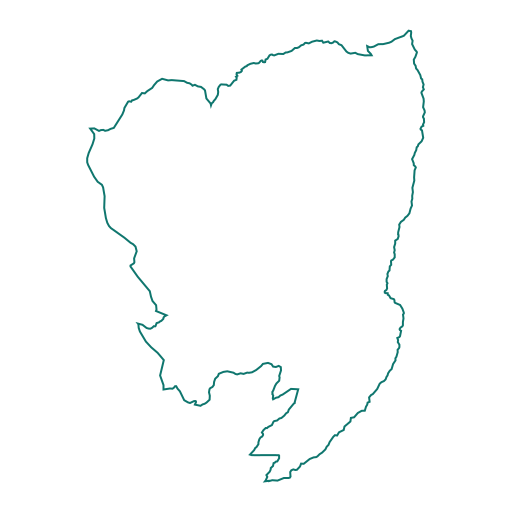 the district of Chillanes, Bolivar, Ecuador
{"feature_id": "8360857B60313806039355", "entity_name": "Chillanes", "entity_type": "district", "adm_level": 2, "iso_a3": "ECU", "parent_name": "Ecuador", "parent_adm1": "Bolivar", "projection": "orthographic", "projection_center": [-79.115, -2.033], "detail": "fine", "context": "isolated", "style": "outline", "palette": "teal", "viewbox_px": 512, "rotation_deg": 0, "n_neighbors": 0, "source": "geoboundaries", "source_scale": "gbopen_adm2", "svg_char_len": 5979}
<svg xmlns="http://www.w3.org/2000/svg" viewBox="0 0 512 512"><path d="M402.3,326.4L402.9,325.3L402.9,322.0L403.5,318.4L403.0,314.6L403.8,313.5L403.8,312.6L402.4,308.7L400.1,305.0L395.0,302.8L394.6,302.2L394.4,300.1L393.8,299.1L390.6,298.2L389.0,295.4L387.8,294.8L387.7,293.2L385.4,293.1L384.8,292.7L384.7,291.6L385.0,290.9L386.3,290.1L387.1,288.5L386.8,284.6L387.5,283.2L386.6,281.8L386.6,279.1L387.8,276.1L387.4,274.0L388.4,271.5L389.5,270.5L389.8,266.4L391.2,264.8L391.0,261.1L391.4,260.4L392.9,259.7L394.7,257.4L394.7,254.2L394.1,252.5L394.7,250.2L394.1,247.1L395.2,243.6L395.2,240.6L397.7,239.0L398.6,236.2L398.4,234.5L398.1,234.4L398.2,232.2L399.5,227.0L399.2,224.6L400.9,221.9L403.8,219.8L405.2,217.6L407.4,215.9L409.4,213.3L410.6,208.6L412.0,205.5L411.5,201.5L412.3,198.8L412.2,195.8L412.9,192.2L412.4,187.8L414.3,180.6L414.1,177.4L414.6,170.3L415.8,167.5L415.3,166.5L413.8,165.2L413.7,163.2L412.1,159.1L414.3,155.0L414.8,152.9L416.2,150.2L416.7,147.3L417.8,146.3L418.4,144.4L421.6,141.3L423.2,137.8L422.0,130.4L420.7,129.5L420.5,128.8L421.6,126.6L423.3,125.8L423.0,124.5L424.1,122.2L423.9,118.6L423.1,117.4L423.0,116.4L424.8,112.4L424.6,110.6L423.1,107.2L423.8,101.4L423.6,98.7L421.4,92.8L421.8,91.6L423.8,89.4L422.9,87.2L423.6,84.5L422.5,81.7L422.2,79.3L421.1,78.5L420.3,75.1L417.5,70.0L416.1,68.5L415.6,65.8L414.1,63.6L413.8,59.6L415.4,56.8L416.9,52.5L416.7,51.7L414.8,49.6L412.1,44.1L412.6,40.7L411.5,38.5L410.8,36.0L411.2,32.6L411.0,31.2L408.6,30.7L403.8,35.8L394.9,39.1L391.5,41.7L389.2,42.7L383.2,44.1L378.3,44.2L373.8,46.6L371.7,47.1L369.7,47.3L367.2,46.1L367.9,50.9L370.8,53.9L371.6,55.3L364.7,55.4L357.7,54.1L355.3,52.8L350.6,53.6L348.2,52.8L346.4,51.5L341.5,45.2L338.9,44.2L337.4,42.4L335.5,41.5L334.4,41.3L333.0,42.6L331.5,43.2L329.8,43.0L328.2,41.5L323.3,42.7L322.0,40.7L319.5,41.0L316.8,40.5L312.1,41.7L308.8,43.4L305.9,42.8L305.0,43.0L303.5,44.6L301.2,45.3L298.8,47.3L297.0,48.0L294.9,48.0L291.6,50.9L287.4,52.4L285.6,52.5L283.3,54.0L278.4,53.8L274.2,55.4L272.9,55.1L272.0,54.5L270.7,54.7L269.5,55.4L267.4,58.8L265.6,59.5L265.1,62.1L264.1,62.3L262.9,62.0L262.4,60.6L261.9,60.4L260.7,60.9L259.1,62.8L258.2,63.3L255.7,63.5L253.8,63.0L250.4,63.8L247.3,65.3L246.7,66.2L245.4,66.5L241.4,69.6L241.9,70.8L240.9,72.0L239.5,72.6L236.8,72.9L236.5,74.2L237.4,75.8L236.0,76.7L236.7,77.6L236.4,79.8L234.1,80.7L230.2,85.6L228.2,85.9L226.6,84.7L221.2,84.4L220.5,84.7L218.8,86.8L217.8,89.1L218.2,92.0L217.8,94.9L215.4,99.1L213.7,101.0L213.1,102.2L211.7,103.3L211.0,105.3L210.6,103.5L206.4,98.5L205.0,90.4L204.0,89.2L201.0,86.9L197.9,86.4L194.9,84.8L192.5,85.7L191.7,84.7L189.6,83.3L187.1,82.8L184.1,81.1L171.7,80.1L168.1,80.4L162.1,78.8L157.2,81.5L154.0,85.2L152.2,87.9L147.3,91.1L144.8,93.4L142.0,93.0L138.5,97.4L137.1,98.5L133.4,100.1L132.1,100.3L131.2,101.7L129.1,101.3L128.1,101.7L124.4,108.0L124.0,110.4L122.3,114.5L113.8,127.9L110.5,128.9L108.1,130.2L105.1,130.8L103.3,129.9L100.9,130.1L99.0,130.9L94.3,128.4L90.2,128.6L94.2,134.1L94.3,138.5L92.5,144.3L88.7,153.0L87.2,158.2L87.2,162.3L88.1,164.9L94.1,176.7L97.7,181.8L101.9,184.8L103.1,187.4L104.6,196.2L104.2,207.9L105.9,218.1L107.3,222.8L109.0,226.0L110.9,228.1L124.4,237.7L130.6,242.8L133.1,244.2L135.5,246.6L136.7,251.3L134.1,258.4L134.4,262.2L133.9,263.3L130.5,265.5L130.5,266.5L137.7,276.7L149.8,291.2L151.0,296.7L152.5,301.0L156.1,305.2L156.5,309.5L156.0,311.0L166.5,315.3L164.5,316.4L163.6,317.4L163.3,318.9L161.3,320.9L160.2,321.3L158.9,322.4L156.6,323.1L155.5,326.1L155.1,326.4L153.8,326.2L152.1,327.8L150.4,328.7L148.7,328.6L146.6,328.0L142.5,324.8L137.9,323.6L138.4,324.3L138.7,327.9L139.9,331.5L145.9,341.6L151.2,347.3L157.6,352.8L163.8,360.1L160.1,375.5L163.5,385.1L163.5,389.5L169.9,388.5L172.5,388.7L173.9,387.7L175.1,386.2L176.2,386.2L177.5,388.6L179.9,391.3L184.2,400.2L188.0,402.4L190.0,403.0L194.0,401.1L195.3,401.0L195.9,401.3L196.0,402.1L194.9,404.6L200.5,405.8L202.6,404.4L204.6,403.8L206.5,402.6L209.6,399.7L209.8,395.7L209.0,392.3L209.5,389.2L210.3,388.1L212.4,387.0L213.8,385.1L214.1,381.9L215.2,378.7L217.9,376.2L218.8,373.8L223.4,371.9L227.3,371.3L233.5,372.7L235.5,374.0L237.2,374.4L240.6,373.3L243.6,373.9L247.2,372.6L248.9,372.8L252.0,372.3L256.2,370.0L261.1,366.1L262.9,363.9L268.0,362.9L271.5,364.2L273.1,366.6L275.9,367.0L278.7,365.9L280.8,367.1L281.0,370.4L279.2,376.0L279.6,377.4L279.2,380.7L276.4,383.5L275.0,385.9L273.2,390.6L272.3,392.1L272.6,393.2L272.3,394.0L273.2,395.5L272.8,398.4L273.1,399.3L276.1,397.7L278.5,397.2L280.4,395.5L282.6,394.6L291.0,388.9L298.2,389.3L294.7,402.3L294.8,402.9L293.7,403.7L288.8,409.6L287.9,412.2L286.1,413.3L284.3,415.6L281.4,418.0L279.4,418.5L277.1,420.5L274.2,421.1L273.4,421.9L271.9,425.1L268.3,426.9L267.0,428.1L265.7,428.0L263.4,430.2L261.9,432.5L263.0,433.9L263.1,434.9L262.2,436.5L260.5,437.5L259.3,439.3L258.4,442.4L258.4,444.2L256.4,447.2L255.3,447.9L254.1,450.2L250.0,454.6L251.6,455.1L254.7,455.2L271.3,455.1L278.8,455.2L279.1,455.6L279.1,458.3L277.3,461.4L275.7,461.7L274.8,462.7L273.6,463.1L273.0,466.0L270.8,468.0L270.6,469.7L269.7,471.7L266.4,475.1L267.3,476.9L265.7,480.4L265.0,481.3L268.9,480.8L269.0,481.1L272.3,480.2L277.5,480.6L283.9,478.0L288.6,478.0L289.9,477.6L290.5,476.6L290.2,472.1L291.3,470.3L293.3,469.4L295.3,470.0L296.9,469.8L300.0,466.5L301.1,463.6L303.7,463.8L309.7,459.0L313.6,457.4L316.2,457.1L317.4,456.4L319.6,454.2L322.0,452.7L325.4,449.4L326.7,446.7L328.5,444.9L329.6,442.1L333.3,436.8L334.9,435.2L337.1,435.5L339.0,432.3L343.7,430.0L344.5,426.5L350.4,421.5L350.9,417.9L354.1,417.3L357.8,413.0L361.7,410.8L364.8,410.7L366.0,406.7L367.2,404.7L367.6,402.6L369.6,401.8L369.1,397.4L371.1,395.0L372.8,394.1L377.2,389.0L379.7,383.7L381.4,382.2L383.9,381.1L385.6,379.4L386.5,376.9L387.5,375.5L388.1,373.3L389.8,370.7L391.6,369.1L393.1,364.0L395.5,360.4L395.4,358.3L396.4,356.8L397.7,352.2L397.6,349.8L399.1,348.0L399.4,347.1L399.4,344.7L397.8,342.1L398.1,340.1L397.3,338.0L399.3,337.1L400.0,336.2L401.1,330.8L399.9,330.0L399.6,329.1L400.5,327.6L402.3,326.4Z" fill="none" stroke="#0f766e" stroke-width="2"/></svg>